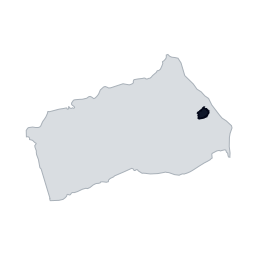 location of Assin South, Central, Ghana, rotated 254°
{"feature_id": "2480657B73071492710762", "entity_name": "Assin South", "entity_type": "district", "adm_level": 2, "iso_a3": "GHA", "parent_name": "Ghana", "parent_adm1": "Central", "projection": "natural_earth1", "projection_center": [-1.29, 5.529], "detail": "fine", "context": "in_parent", "style": "filled", "palette": "ink", "viewbox_px": 256, "rotation_deg": 254, "n_neighbors": 0, "source": "geoboundaries", "source_scale": "gbopen_adm2", "svg_char_len": 5039}
<svg xmlns="http://www.w3.org/2000/svg" viewBox="0 0 256 256"><g transform="rotate(254 128 128)"><path d="M153.7,29.5L155.4,31.4L155.8,32.5L155.2,36.6L153.9,39.4L153.2,42.0L153.3,43.4L154.0,44.7L156.6,46.8L158.0,48.1L159.6,50.2L161.4,52.2L164.5,54.8L165.8,55.3L165.8,56.0L165.3,57.0L165.1,66.8L164.8,69.3L164.6,70.5L164.3,74.2L164.0,74.7L163.4,74.7L162.8,74.8L162.7,75.5L162.9,76.3L164.8,76.8L164.4,77.3L163.0,77.8L162.4,78.9L162.7,80.2L161.9,81.2L162.1,81.9L162.6,82.4L163.4,82.2L165.6,80.5L166.5,80.3L167.6,80.7L169.7,83.2L169.8,84.5L169.0,88.8L168.2,92.1L168.0,96.5L168.9,99.0L168.8,100.3L167.8,101.5L165.7,103.2L165.8,104.4L166.8,106.5L168.6,109.0L172.2,111.9L174.1,115.8L174.2,117.4L173.1,119.0L171.8,120.4L171.4,122.4L171.9,135.4L169.1,141.1L169.1,142.7L169.4,144.6L170.1,145.7L171.6,146.0L172.8,147.1L172.4,151.1L171.7,155.2L171.6,157.1L171.3,158.0L170.2,158.8L169.8,160.1L170.0,161.7L169.8,162.8L170.4,164.3L171.7,166.2L173.8,170.9L174.6,171.3L175.0,172.3L174.7,173.2L175.5,175.3L177.8,177.3L180.3,179.2L182.2,179.4L182.7,181.0L184.0,183.1L184.9,184.0L186.4,184.6L187.6,184.9L187.7,186.6L185.5,187.8L184.0,189.6L182.9,192.3L181.3,195.3L175.9,196.9L173.8,196.9L162.7,197.0L152.3,202.9L146.3,205.0L142.6,208.3L137.7,210.7L134.2,213.6L127.0,214.9L115.2,219.5L111.5,221.2L107.8,224.4L101.7,228.1L99.4,228.0L94.6,224.6L91.0,222.9L82.3,220.2L75.8,219.2L72.6,218.1L71.8,217.9L72.5,216.6L74.3,216.6L76.2,216.9L77.7,216.0L79.8,215.9L80.4,214.9L80.5,212.4L80.5,210.4L81.3,209.5L81.5,207.1L80.4,201.9L79.7,201.3L75.9,200.6L75.6,199.5L74.9,198.4L74.2,195.7L73.4,191.7L72.0,186.7L69.5,178.5L68.8,175.6L68.4,172.7L68.3,169.2L68.9,167.8L68.8,166.0L68.5,164.2L70.3,160.0L73.9,154.9L74.6,153.1L75.3,151.8L75.4,149.9L76.0,144.0L77.7,136.8L78.8,134.1L79.5,132.6L80.4,130.2L80.6,129.1L83.8,126.2L85.3,125.5L85.7,124.4L85.2,123.1L85.4,122.3L86.2,121.9L87.4,121.6L88.2,120.4L86.9,111.5L85.8,102.7L85.7,101.9L85.0,100.7L84.4,97.0L83.3,94.9L81.8,94.3L81.8,92.3L83.3,88.8L83.7,86.8L83.0,86.3L82.9,84.7L83.4,82.2L83.2,80.6L82.9,79.0L81.3,75.1L80.9,72.4L81.7,70.8L81.7,67.2L80.8,61.8L80.7,58.4L81.3,57.0L81.0,55.6L79.8,54.3L79.8,53.1L80.8,51.9L80.6,50.9L79.4,50.2L78.3,48.5L77.3,45.9L77.5,41.7L79.4,33.9L79.6,33.2L81.7,33.2L81.7,33.6L88.2,33.5L95.7,33.4L104.6,33.3L112.6,33.2L113.0,32.9L114.3,32.4L122.5,33.2L127.6,32.8L129.7,33.1L131.3,33.6L134.9,33.3L136.7,33.5L138.2,35.4L138.7,35.4L139.5,34.6L140.9,33.7L142.4,32.9L143.4,31.4L144.0,30.2L144.9,30.5L146.3,30.4L147.2,29.4L147.5,27.9L153.7,29.5Z" fill="#d9dde1" stroke="#a8b0b8" stroke-width="1"/><path d="M120.8,209.6L121.0,209.5L121.0,209.4L121.1,209.6L121.1,209.8L121.1,210.0L121.4,210.0L121.6,210.0L121.6,209.9L121.8,210.0L121.9,209.9L122.0,209.9L122.0,209.7L122.2,209.8L122.3,209.7L122.5,209.7L122.5,209.8L122.6,209.7L122.8,209.5L123.0,209.6L123.1,209.4L123.2,208.9L123.2,208.7L123.3,208.6L123.5,208.7L123.8,208.6L123.9,208.8L124.0,209.0L124.1,208.9L124.2,208.7L124.3,208.8L124.5,208.7L124.6,208.8L124.8,208.8L124.8,208.7L124.7,208.7L124.8,208.5L124.9,208.4L124.9,208.2L125.0,208.0L125.0,207.8L125.1,207.7L125.3,207.6L125.3,207.4L125.3,207.2L125.5,207.1L125.8,207.0L125.8,206.9L126.1,206.8L126.0,206.4L126.0,206.2L126.1,205.9L126.3,205.8L126.3,206.0L126.5,206.2L126.4,206.2L126.5,206.2L126.8,206.1L126.8,206.3L126.9,206.5L127.0,206.6L127.0,206.4L126.9,206.3L126.9,206.2L126.7,206.0L126.5,205.9L126.4,205.9L126.3,205.6L126.2,205.3L126.1,205.2L125.7,204.8L125.6,204.7L125.5,204.3L125.4,204.0L125.5,203.9L125.4,203.8L125.4,203.7L125.2,203.7L125.1,203.4L125.0,203.1L124.9,203.1L125.0,203.0L125.0,202.9L124.8,202.7L124.8,202.4L124.8,202.1L124.7,202.1L124.4,202.0L124.4,201.9L124.4,201.7L124.2,201.5L124.2,201.4L124.2,201.2L124.1,200.7L124.0,200.4L123.7,200.3L123.8,199.6L123.7,199.4L123.2,198.9L123.0,199.1L122.9,199.1L122.7,199.2L122.8,199.3L122.7,199.4L122.6,199.5L122.4,199.6L122.3,199.4L122.2,199.4L121.7,199.6L121.6,199.8L121.4,199.7L121.2,199.8L121.0,199.6L120.9,199.6L120.8,199.4L120.8,199.0L120.7,199.0L120.6,198.9L120.5,199.0L120.2,198.9L120.0,199.0L120.0,198.9L119.9,198.9L119.7,198.9L119.4,199.0L119.3,198.9L119.2,199.0L119.1,198.9L118.9,198.9L118.7,199.0L118.2,198.2L117.4,198.7L117.3,198.8L117.4,199.0L117.3,199.3L117.2,199.4L117.2,199.5L117.2,199.8L117.2,200.1L117.2,200.3L117.1,200.5L117.0,200.8L117.1,201.0L117.3,201.0L117.4,201.3L117.2,201.4L117.2,201.5L117.0,201.8L117.1,202.1L117.0,202.3L116.9,202.4L116.9,203.1L117.0,203.1L116.9,203.3L117.0,203.3L117.0,203.5L116.9,203.6L117.0,203.8L117.2,204.0L117.3,204.0L117.5,204.2L117.6,204.3L117.6,204.5L117.8,204.8L117.8,205.0L117.7,205.0L117.4,205.2L117.3,205.4L117.2,205.3L117.1,205.2L117.1,205.6L117.1,205.8L117.2,206.0L117.3,206.2L117.3,206.3L117.4,206.2L117.5,206.3L117.6,206.2L117.7,206.3L117.8,206.3L118.0,206.4L118.0,206.5L118.3,206.7L118.3,206.8L118.4,207.0L118.2,207.5L118.3,207.8L118.6,208.1L118.8,208.2L119.0,208.2L119.1,208.3L119.2,208.2L119.3,208.3L119.3,208.5L119.5,208.7L119.5,208.8L119.6,209.1L119.8,209.3L119.9,209.5L120.0,209.5L120.3,209.7L120.5,209.6L120.8,209.6Z" fill="#0f172a" stroke="#020617" stroke-width="1.5"/></g></svg>